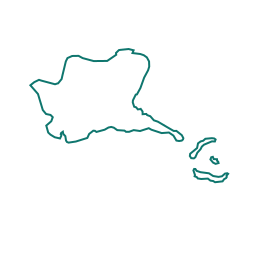 Conakry, Dubréka, Guinea (Albers equal-area conic projection), rotated 244°
{"feature_id": "49546643B29247776226513", "entity_name": "Conakry", "entity_type": "district", "adm_level": 2, "iso_a3": "GIN", "parent_name": "Guinea", "parent_adm1": "Dubréka", "projection": "albers", "projection_center": [-13.665, 9.597], "detail": "fine", "context": "isolated", "style": "outline", "palette": "teal", "viewbox_px": 256, "rotation_deg": 244, "n_neighbors": 0, "source": "geoboundaries", "source_scale": "gbopen_adm2", "svg_char_len": 2082}
<svg xmlns="http://www.w3.org/2000/svg" viewBox="0 0 256 256"><g transform="rotate(244 128 128)"><path d="M176.5,60.5L173.7,64.1L170.7,65.1L167.7,62.0L166.0,55.6L158.9,54.3L156.0,55.4L151.8,58.1L148.4,62.3L150.3,64.7L151.7,65.1L152.0,64.9L152.8,65.7L153.2,67.8L151.1,67.2L148.1,68.1L143.9,66.8L142.2,67.0L140.9,68.2L138.7,75.2L136.9,87.1L139.7,90.5L140.4,93.8L140.8,95.6L140.0,97.0L138.3,97.9L137.7,101.0L136.7,106.3L137.0,110.7L136.3,113.4L134.5,115.4L130.8,117.4L127.2,123.7L126.0,124.3L125.5,124.5L124.1,127.3L123.6,132.2L120.0,137.5L119.6,140.4L118.7,146.6L116.2,148.3L108.7,156.0L107.5,159.0L106.9,160.5L106.0,162.8L101.3,165.5L95.5,166.0L93.9,168.2L93.1,170.8L93.6,172.4L94.6,173.3L98.0,173.2L104.2,170.2L105.3,167.8L111.7,163.5L120.6,157.6L123.6,154.6L128.8,153.2L131.2,150.9L132.6,150.6L134.0,147.2L136.4,148.3L137.1,148.2L139.6,147.8L139.6,147.6L139.6,147.3L139.8,146.9L140.4,145.0L143.0,144.4L144.4,142.9L148.9,143.5L150.6,144.5L151.9,146.1L154.6,149.6L154.3,150.8L158.5,156.7L166.2,164.6L171.1,171.4L173.9,174.0L178.6,176.1L183.2,175.9L186.5,174.1L189.1,171.5L193.4,164.9L195.4,167.1L198.7,163.2L201.6,155.3L202.0,154.0L200.7,150.1L199.0,149.5L197.4,138.7L203.2,126.5L210.7,117.9L214.5,115.2L217.2,109.4L217.4,104.3L215.1,101.3L204.1,92.2L201.1,89.8L198.8,84.8L198.9,84.6L199.3,81.6L208.4,71.1L210.3,69.1L210.3,63.9L209.2,59.0L198.0,62.0L181.5,59.3L176.5,60.5ZM43.8,197.4L44.5,195.2L43.4,191.3L44.4,187.9L47.5,183.5L51.8,180.9L56.5,173.8L59.4,170.9L61.6,170.6L62.2,169.5L61.2,168.2L56.4,167.6L55.4,166.7L53.7,168.3L52.1,168.6L50.1,171.4L47.5,177.6L44.6,179.0L43.0,181.3L41.1,182.5L38.6,189.6L39.9,192.0L40.0,194.2L40.7,195.3L41.9,195.6L42.9,197.9L43.8,197.4ZM80.8,200.9L82.1,198.9L84.4,192.8L83.6,190.0L84.1,187.4L83.5,184.2L79.7,181.3L77.6,172.6L75.7,171.3L73.2,171.6L71.8,173.9L72.2,175.7L75.4,179.5L77.2,184.0L78.9,186.2L79.7,189.0L79.6,190.5L79.2,197.5L77.8,200.2L79.3,201.7L80.8,200.9ZM65.2,190.0L63.6,188.3L59.6,189.3L57.4,191.0L56.8,194.0L58.2,194.3L59.6,193.7L60.9,194.3L62.5,191.4L64.9,191.6L65.2,190.0Z" fill="none" stroke="#0f766e" stroke-width="2"/></g></svg>